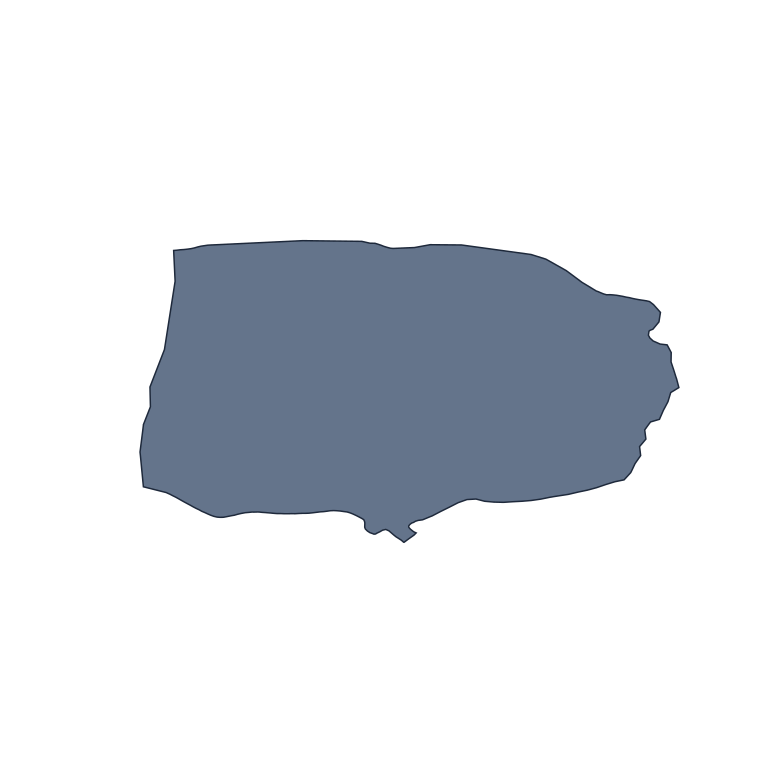 the district of Sarar, Abyan, Yemen, rotated 219°
{"feature_id": "15242507B17231437712289", "entity_name": "Sarar", "entity_type": "district", "adm_level": 2, "iso_a3": "YEM", "parent_name": "Yemen", "parent_adm1": "Abyan", "projection": "natural_earth1", "projection_center": [45.331, 13.58], "detail": "fine", "context": "isolated", "style": "filled", "palette": "slate", "viewbox_px": 768, "rotation_deg": 219, "n_neighbors": 0, "source": "geoboundaries", "source_scale": "gbopen_adm2", "svg_char_len": 2895}
<svg xmlns="http://www.w3.org/2000/svg" viewBox="0 0 768 768"><g transform="rotate(219 384 384)"><path d="M404.7,202.4L403.4,203.5L401.9,204.8L400.5,205.9L398.0,207.5L394.6,209.9L394.1,210.2L391.2,212.2L388.6,213.9L385.7,215.9L382.6,218.4L379.9,220.4L376.8,222.9L374.1,225.2L371.4,227.3L368.9,229.6L366.3,231.9L363.5,234.2L361.1,236.3L358.1,239.3L355.7,241.8L352.9,244.7L350.6,246.8L348.3,249.2L346.0,251.7L343.4,254.0L340.8,255.9L338.3,257.6L335.1,259.5L332.2,261.3L329.3,262.5L326.4,263.4L322.8,264.3L319.5,265.0L316.3,265.6L314.3,265.8L312.6,264.9L311.5,264.0L308.9,260.6L307.3,259.6L304.4,259.3L301.4,259.6L298.9,260.5L297.3,261.0L296.1,262.2L295.7,263.5L294.3,266.4L293.1,269.5L291.1,272.1L287.7,273.0L284.6,272.9L281.6,272.8L278.6,272.8L275.2,273.2L272.3,273.5L272.2,273.5L269.2,273.4L268.8,273.6L268.2,275.9L267.4,279.0L265.6,285.4L265.3,288.5L267.7,287.9L269.2,287.8L272.0,287.8L274.0,288.1L274.6,288.3L275.2,288.9L275.5,289.4L275.5,291.1L275.0,293.3L273.9,295.1L273.2,297.1L271.6,299.5L269.6,301.6L268.5,302.8L264.2,310.7L263.6,311.7L263.0,313.1L259.7,320.7L255.7,329.4L251.7,338.4L246.8,346.4L240.1,352.5L232.0,356.2L224.4,361.3L216.7,367.2L209.9,373.5L203.1,379.6L196.4,386.0L189.7,393.2L183.6,400.6L182.5,401.8L181.3,403.2L177.4,407.5L171.3,414.2L165.1,422.2L159.3,429.3L157.6,431.6L153.5,437.3L148.4,445.4L143.0,453.4L137.1,460.6L136.5,470.5L137.1,473.2L138.8,480.1L139.5,489.9L146.0,496.2L145.8,506.0L152.5,512.4L152.8,517.5L153.0,522.2L149.9,526.7L147.7,529.9L150.3,539.3L151.4,545.0L152.2,549.0L155.8,557.8L152.6,566.8L159.8,572.1L161.6,573.2L167.3,577.0L174.8,581.8L180.6,589.2L188.6,592.6L194.6,588.8L199.4,587.5L201.9,586.8L206.4,587.1L209.2,588.3L211.3,591.8L211.0,593.2L209.5,595.8L209.4,605.3L214.2,613.6L224.5,615.3L229.5,615.2L232.4,613.8L235.5,612.0L235.8,611.8L238.7,610.1L242.0,608.3L244.7,606.9L247.7,605.5L250.5,603.9L253.4,602.5L256.1,601.0L258.8,599.5L261.9,597.5L264.5,595.7L267.2,593.4L270.0,592.2L273.0,591.3L276.2,590.4L277.3,589.9L294.1,587.6L313.8,586.8L336.8,582.9L351.2,577.2L411.3,540.8L435.8,521.3L446.2,509.2L462.2,495.1L464.4,493.6L467.5,492.2L470.7,490.9L473.6,490.0L476.8,488.8L479.5,487.7L482.1,485.7L483.3,484.7L491.0,480.9L537.3,444.3L603.5,385.3L606.0,383.1L608.4,380.9L610.5,378.6L612.9,376.0L615.0,373.3L617.0,370.4L619.1,367.8L621.8,364.9L624.2,362.5L626.7,360.2L629.2,357.6L631.5,355.4L611.0,332.4L576.3,272.6L564.0,234.4L551.2,219.3L545.4,201.0L544.9,200.3L541.7,195.2L530.8,177.6L527.7,174.5L506.3,152.7L484.9,162.6L483.2,163.0L481.1,163.6L478.0,164.2L474.5,165.0L471.6,165.5L467.9,166.1L465.0,166.6L461.8,167.2L458.2,167.9L455.2,168.4L451.7,169.1L448.5,169.9L445.5,170.4L442.4,171.3L439.2,172.1L436.0,173.0L433.1,174.0L430.0,175.5L427.5,177.2L424.9,179.4L422.6,182.1L419.7,185.6L417.6,188.0L415.8,190.6L413.7,193.3L410.9,196.6L408.4,199.0L405.9,201.5L404.7,202.4L404.7,202.4Z" fill="#64748b" stroke="#1e293b" stroke-width="1.5"/></g></svg>